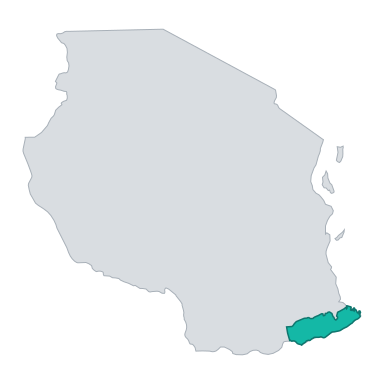 United Republic of Tanzania, with Mtwara highlighted
{"feature_id": "TZA-3388", "entity_name": "Mtwara", "entity_type": "Region", "adm_level": 1, "iso_a3": "TZA", "parent_name": "United Republic of Tanzania", "parent_adm1": "", "projection": "orthographic", "projection_center": [39.572, -10.772], "detail": "fine", "context": "in_parent", "style": "filled", "palette": "teal", "viewbox_px": 384, "rotation_deg": 0, "n_neighbors": 0, "source": "natural_earth", "source_scale": "10m", "svg_char_len": 5989}
<svg xmlns="http://www.w3.org/2000/svg" viewBox="0 0 384 384"><path d="M133.6,285.8L128.6,283.3L124.1,281.8L120.5,280.1L118.8,278.5L115.4,277.9L112.4,277.7L109.7,276.1L104.0,275.7L103.4,274.6L103.2,272.3L102.3,271.7L100.2,271.1L98.0,271.2L96.7,271.6L95.9,271.4L94.0,270.1L92.3,268.4L91.6,265.6L89.0,263.8L86.0,262.5L77.8,262.8L76.5,262.4L74.5,261.1L72.2,258.8L70.3,256.1L68.6,252.5L66.8,247.6L57.0,228.2L55.9,224.5L54.0,220.4L50.9,215.5L47.6,211.8L43.2,208.5L38.2,205.3L35.5,203.1L30.3,194.0L29.2,189.7L28.3,185.2L28.6,183.4L31.7,177.5L32.0,175.9L31.5,173.7L29.9,169.2L27.8,163.6L23.7,153.6L23.0,151.1L23.1,149.1L25.3,138.7L25.2,137.3L34.7,137.2L41.5,132.5L47.5,125.5L48.7,122.7L51.1,118.3L53.5,116.0L54.4,114.5L55.7,110.2L58.8,107.1L61.9,104.8L61.2,103.2L61.7,102.6L63.4,101.4L66.6,100.3L67.3,98.0L67.2,95.5L66.7,94.1L66.8,92.4L66.3,91.5L64.1,91.3L60.9,90.2L58.2,89.7L56.4,89.0L55.8,88.5L55.5,86.9L56.9,83.0L55.4,81.4L58.7,74.8L59.3,74.0L60.5,73.8L62.4,73.1L64.2,72.7L65.6,72.9L66.7,72.6L67.6,71.9L68.4,69.6L69.0,65.9L68.6,62.9L67.2,60.6L66.8,57.1L67.4,52.4L67.0,48.4L65.4,45.3L63.9,43.5L61.5,42.7L57.7,38.0L56.6,35.7L56.8,34.2L58.1,33.6L60.5,33.7L62.7,33.1L64.8,31.7L66.8,31.3L67.9,31.4L163.1,29.2L275.2,89.7L275.6,90.4L276.5,95.8L276.3,97.6L274.6,100.7L274.1,102.3L274.1,103.4L274.5,103.8L276.0,104.0L277.2,104.7L277.7,105.3L278.7,107.6L279.9,108.8L322.5,139.1L323.4,139.6L322.8,142.1L320.4,148.4L320.3,150.9L319.3,154.0L318.4,156.0L316.0,164.8L314.0,168.0L311.2,175.7L310.7,181.6L312.3,185.7L312.9,189.6L316.1,193.3L318.8,194.7L320.5,196.4L323.7,200.4L325.5,204.3L331.1,206.3L333.3,210.7L332.5,213.8L329.9,216.3L327.5,220.4L325.5,225.8L325.5,234.1L326.8,232.8L329.8,234.8L330.1,240.9L327.1,248.0L326.1,251.3L326.0,254.1L328.2,262.6L331.6,266.9L331.3,268.3L330.5,269.4L336.2,277.1L335.7,283.7L337.9,288.9L338.8,293.4L340.2,296.8L340.5,299.2L338.7,301.8L342.9,302.5L345.4,304.6L346.5,306.7L349.5,306.6L351.2,308.0L353.5,309.2L358.7,312.6L360.1,314.4L361.0,316.0L346.6,326.9L341.5,329.7L337.8,331.0L333.9,331.7L330.1,333.5L326.6,336.2L322.1,337.5L316.5,337.5L310.8,339.4L301.7,345.1L296.4,342.0L292.2,341.0L287.4,341.2L284.5,341.6L283.5,342.2L282.6,344.2L281.8,347.3L278.7,350.4L273.2,353.3L268.2,354.4L263.5,353.7L260.4,352.5L258.7,350.8L256.3,350.1L253.1,350.3L250.1,351.5L247.2,353.8L242.6,354.8L236.2,354.6L232.8,353.5L232.3,351.6L229.5,349.5L224.3,347.0L220.5,347.0L218.1,349.4L216.0,351.0L214.0,351.6L212.2,351.7L209.6,351.1L202.5,350.9L195.9,351.1L195.1,347.6L193.7,345.5L192.5,344.3L190.2,344.0L189.5,343.0L188.7,340.8L187.6,339.0L186.0,337.5L185.1,336.1L184.8,334.8L185.0,333.3L186.3,329.7L186.7,327.2L186.5,324.7L185.7,322.1L184.1,319.1L184.3,318.2L183.7,316.1L183.6,314.6L183.9,312.8L183.5,310.4L182.1,305.3L182.1,304.0L180.6,301.5L176.0,295.7L175.8,294.9L168.7,289.1L165.9,287.9L164.9,289.0L164.6,290.0L164.9,291.9L164.7,292.9L164.5,293.3L162.8,293.3L161.8,293.1L159.1,291.5L157.0,291.2L151.9,291.6L150.1,292.0L148.7,291.6L146.0,289.0L142.8,288.5L139.9,288.4L135.2,285.4L133.6,285.8ZM331.8,184.8L334.1,191.3L333.8,192.5L332.2,193.2L331.3,193.3L330.3,192.3L329.6,190.1L328.3,190.6L326.2,188.0L324.1,187.8L322.2,184.7L323.0,182.0L322.5,177.3L324.8,175.0L326.1,171.0L327.6,173.7L327.9,178.0L329.9,183.0L331.8,184.8ZM343.1,146.1L343.2,147.6L342.8,149.1L342.9,153.7L342.7,156.7L340.9,161.0L339.5,162.5L338.2,162.0L337.2,161.3L336.4,160.2L338.0,152.4L337.2,146.7L340.5,147.3L343.1,146.1ZM338.3,239.9L336.7,240.3L336.1,239.9L335.0,238.6L336.8,237.5L338.5,235.4L342.4,232.3L344.3,229.8L344.0,232.2L341.8,237.5L339.9,237.9L338.3,239.9Z" fill="#d9dde1" stroke="#a8b0b8" stroke-width="1"/><path d="M360.2,316.4L359.7,317.2L358.7,318.2L357.6,319.0L355.7,319.7L354.5,320.5L352.8,322.3L352.2,323.0L351.8,323.4L351.0,323.7L347.2,326.6L346.7,326.9L343.6,328.3L340.5,330.3L339.8,330.7L334.7,331.8L332.4,331.9L331.9,332.1L331.4,332.4L325.5,337.1L324.8,337.5L324.1,337.7L323.3,337.7L322.6,337.5L321.4,336.8L320.7,336.7L319.8,337.1L318.7,337.3L314.8,337.3L313.8,337.6L313.0,338.3L312.5,338.6L311.8,338.8L311.5,339.1L310.3,340.2L309.7,340.5L309.4,340.5L308.7,340.3L308.4,340.3L308.0,340.4L307.4,340.6L306.5,340.9L306.1,341.3L305.4,342.2L302.4,344.2L301.7,345.1L300.8,344.6L298.4,344.0L297.3,343.5L295.7,341.7L294.6,341.0L293.2,340.8L292.9,340.8L292.3,341.1L291.9,341.2L291.6,341.1L291.0,340.7L290.7,340.6L290.4,340.2L290.2,340.2L289.9,340.3L289.7,340.4L287.6,333.1L286.6,326.9L291.9,326.5L292.9,325.8L294.4,323.6L296.3,321.6L304.2,318.3L306.9,318.1L307.9,317.6L308.9,317.6L309.8,318.3L311.0,318.6L313.1,318.4L313.6,317.8L314.4,317.2L316.8,316.1L318.2,315.6L320.7,314.2L321.9,313.7L322.9,313.9L323.1,314.9L323.4,315.7L324.8,315.4L325.1,314.2L325.4,313.4L326.4,313.5L327.3,313.0L328.1,312.2L328.8,312.1L329.6,312.0L331.9,313.5L332.9,316.3L333.3,316.9L333.8,317.2L334.7,319.3L335.9,320.0L336.9,319.1L337.6,318.0L337.5,316.9L336.7,316.2L336.7,315.4L337.2,314.2L337.4,312.9L338.1,311.9L339.4,311.4L344.3,308.7L345.3,307.8L346.3,307.2L346.3,307.6L346.6,308.6L346.9,308.2L347.0,307.7L347.0,307.2L346.9,306.7L346.6,306.1L346.7,305.8L347.0,305.8L347.6,305.9L348.0,306.0L349.0,306.4L349.6,306.5L350.8,307.0L350.9,306.9L351.0,307.0L351.1,307.3L351.1,307.7L350.9,308.1L350.8,308.6L351.0,309.1L351.1,309.4L350.9,309.5L350.6,309.7L350.5,309.8L350.6,310.1L350.8,310.1L351.0,310.0L351.6,310.3L351.8,310.4L351.9,310.1L352.0,309.8L352.1,309.6L352.6,309.7L352.9,310.0L353.6,310.6L354.0,310.9L354.0,310.6L354.0,310.4L354.1,310.2L354.4,310.2L354.6,310.2L354.8,310.2L355.0,310.0L354.5,309.9L353.0,309.2L354.0,307.9L354.4,308.1L354.6,308.4L354.7,308.8L354.8,309.2L355.1,309.4L355.8,309.8L356.1,310.0L356.2,310.3L357.2,312.5L357.5,312.8L357.6,312.7L358.6,312.9L358.7,313.0L359.7,312.7L359.9,312.1L359.5,311.6L359.0,311.7L358.8,311.4L358.9,311.1L359.2,311.0L359.6,310.9L359.9,311.0L360.0,311.3L360.1,311.6L360.3,311.8L360.5,312.4L360.3,312.9L359.8,313.3L359.4,313.8L359.6,313.8L360.0,313.8L359.8,314.9L359.8,315.2L359.9,315.4L360.0,315.7L360.2,316.0L360.2,316.4Z" fill="#14b8a6" stroke="#0f766e" stroke-width="1.5"/></svg>